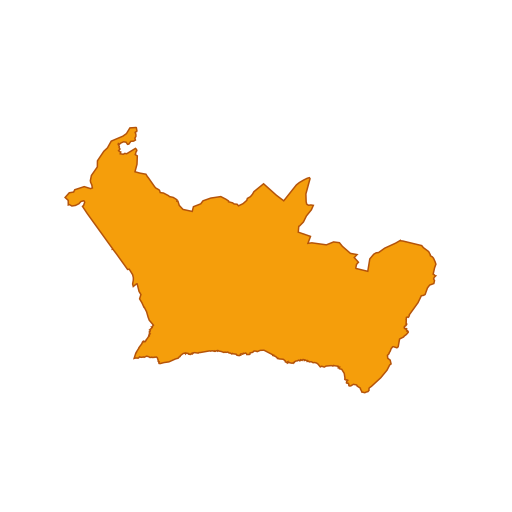 Asares pag., Aknistes, Latvia (Robinson projection), rotated 332°
{"feature_id": "27541924B18984780687847", "entity_name": "Asares pag.", "entity_type": "district", "adm_level": 2, "iso_a3": "LVA", "parent_name": "Latvia", "parent_adm1": "Aknistes", "projection": "robinson", "projection_center": [25.901, 56.138], "detail": "fine", "context": "isolated", "style": "filled", "palette": "amber", "viewbox_px": 512, "rotation_deg": 332, "n_neighbors": 0, "source": "geoboundaries", "source_scale": "gbopen_adm2", "svg_char_len": 6128}
<svg xmlns="http://www.w3.org/2000/svg" viewBox="0 0 512 512"><g transform="rotate(332 256 256)"><path d="M100.3,289.2L101.7,289.5L104.1,290.9L106.0,290.4L106.2,290.9L107.5,291.8L109.3,292.3L109.6,292.9L112.5,293.1L114.1,294.7L114.8,295.9L116.3,296.3L116.6,296.9L117.5,297.0L118.2,297.7L119.1,297.7L119.8,298.2L120.5,298.3L121.1,299.3L120.7,302.0L120.2,303.1L120.9,304.0L120.0,304.7L120.0,305.4L120.9,306.0L124.7,306.9L129.4,308.6L136.7,309.1L139.3,309.7L140.7,309.1L141.8,309.1L142.4,308.5L145.7,307.9L147.3,308.2L147.5,308.6L148.2,308.6L148.0,309.3L148.8,309.0L150.4,310.2L150.7,310.6L150.4,311.0L150.7,311.3L152.0,312.2L153.0,311.8L153.3,311.8L153.2,312.3L153.5,312.5L154.1,312.4L153.9,312.0L154.3,311.9L154.8,312.0L154.6,312.4L155.4,312.2L156.3,312.4L159.4,314.6L160.3,314.5L161.3,315.0L170.5,318.0L171.1,318.6L172.8,319.1L174.0,320.1L174.5,320.1L174.5,320.6L175.4,321.1L175.8,320.9L177.1,321.2L177.2,321.9L177.7,321.8L177.6,321.4L178.0,321.5L178.3,321.9L178.2,322.2L180.4,323.9L182.4,326.1L183.6,326.3L184.2,327.0L186.0,327.6L186.7,329.0L187.8,329.7L188.7,331.2L189.5,331.0L189.9,331.6L192.5,333.5L192.6,333.8L192.4,334.2L192.7,334.8L194.4,336.1L196.1,336.3L196.0,335.5L196.4,335.3L197.3,335.6L198.1,336.4L199.1,335.9L199.2,336.1L199.0,336.4L201.3,336.8L201.7,337.6L201.6,338.7L203.8,339.8L204.6,339.8L205.3,338.8L207.8,339.5L209.7,339.0L211.5,340.1L212.1,341.0L215.4,341.3L218.8,342.9L224.3,350.9L224.1,351.6L225.1,351.9L224.9,352.5L226.3,354.1L226.4,354.9L226.9,355.6L226.8,356.6L227.8,356.9L227.9,357.6L231.5,359.9L232.6,362.2L232.2,363.1L233.0,364.3L233.8,364.3L233.6,364.9L234.2,364.7L233.9,365.2L234.6,365.1L234.8,365.2L234.5,365.4L235.4,365.8L236.6,366.9L237.7,367.7L238.9,367.8L239.0,368.2L239.7,367.7L240.0,367.9L240.5,367.5L242.0,367.5L243.2,368.0L244.6,367.9L245.0,368.5L245.6,368.6L245.5,368.9L246.2,368.9L246.7,368.5L247.1,368.9L246.8,369.3L248.2,369.5L248.3,369.9L249.0,369.5L250.1,370.4L249.8,371.0L250.8,371.1L251.3,371.9L252.1,372.3L251.7,373.1L253.0,373.5L253.3,374.5L255.2,375.3L256.3,377.0L257.8,377.6L259.2,378.9L260.0,380.5L260.7,384.1L262.3,384.2L264.1,386.1L266.2,386.1L270.8,388.0L271.9,388.8L272.8,389.0L272.6,389.3L273.5,389.5L276.8,391.9L276.8,392.2L276.5,392.3L277.1,392.9L276.8,393.1L277.2,393.3L276.9,393.4L277.4,393.6L276.6,394.1L276.7,394.7L278.5,396.3L278.8,401.1L277.5,404.7L277.3,405.6L276.6,406.3L276.5,406.7L277.0,407.5L278.1,407.9L278.7,408.8L277.2,409.3L276.3,410.4L276.6,411.0L277.4,411.4L277.3,411.6L277.7,412.1L277.8,412.6L277.2,413.8L277.3,414.5L278.7,415.2L281.7,415.0L284.1,416.9L284.4,417.6L284.2,418.2L286.1,421.7L285.7,422.8L285.8,424.6L285.5,425.7L287.9,427.8L289.8,427.9L291.1,428.3L292.8,427.6L293.3,426.3L294.2,425.6L296.7,425.3L308.9,422.1L318.1,418.3L323.0,414.9L324.6,414.7L325.6,410.9L324.3,408.2L325.4,405.4L327.6,404.7L328.0,404.1L330.0,402.9L331.6,401.4L334.0,400.3L334.8,400.6L337.3,403.2L338.2,403.1L339.0,402.8L343.8,396.7L348.3,396.8L349.3,396.3L351.9,395.9L354.5,394.9L354.8,394.5L354.8,393.8L354.3,393.8L354.0,393.2L354.6,393.1L354.0,391.5L354.8,391.0L354.3,390.3L353.6,390.2L353.1,389.7L353.4,388.5L354.2,387.8L355.2,388.0L356.7,387.3L356.5,386.8L357.1,386.6L356.9,386.0L358.5,383.3L358.7,382.5L359.0,382.4L360.0,380.8L361.2,381.1L361.6,381.6L362.4,381.4L363.7,380.2L363.7,379.9L377.1,373.3L383.3,368.7L385.4,369.4L387.2,369.4L392.4,364.7L395.7,363.2L400.1,363.8L402.1,361.5L402.0,359.7L403.3,358.5L405.3,357.9L404.8,357.5L404.6,356.4L403.9,355.2L408.1,350.3L411.0,347.7L411.4,345.4L411.7,341.3L411.3,339.6L410.1,337.6L410.5,336.7L410.5,333.1L407.7,327.2L407.2,324.6L392.8,311.8L390.6,310.3L390.7,310.0L385.3,310.2L373.3,309.5L365.9,310.5L363.6,309.6L360.8,309.7L355.1,312.0L347.5,322.0L338.6,314.1L338.4,313.5L340.8,310.6L343.5,309.6L342.0,303.5L345.9,302.2L340.6,298.0L336.8,288.0L335.9,283.4L331.1,280.0L323.4,279.2L311.5,270.6L307.8,269.2L313.3,264.3L304.5,254.8L307.7,249.9L308.6,249.9L313.9,248.2L319.3,244.3L326.6,241.2L330.4,238.2L328.4,236.7L326.2,235.9L325.1,234.0L325.8,231.5L329.2,224.6L340.0,213.1L339.9,211.9L337.6,211.4L333.8,211.3L328.7,211.5L325.0,212.2L306.4,220.3L302.5,211.9L296.6,195.8L284.4,198.2L281.9,199.8L278.9,201.0L275.4,201.1L273.9,202.6L272.9,202.8L269.1,203.7L264.1,203.5L263.6,201.4L261.1,199.8L260.3,198.1L257.2,195.2L257.6,194.5L256.0,191.6L252.8,187.0L243.2,183.6L235.1,182.4L231.7,184.0L223.9,183.1L220.6,186.7L213.4,180.6L212.0,175.3L212.8,170.9L211.9,170.4L212.6,169.5L212.0,168.1L210.4,165.4L207.5,162.9L207.1,161.7L203.9,157.0L201.2,155.0L201.6,152.9L201.4,152.0L199.3,148.7L199.0,147.1L197.6,135.7L197.4,135.4L197.2,132.1L192.4,128.3L188.7,124.8L194.0,119.1L198.2,111.9L197.0,109.8L199.1,107.6L200.2,107.1L200.5,105.8L200.1,104.4L189.8,105.0L188.3,103.8L186.6,103.9L184.1,102.0L185.4,100.7L184.8,100.1L184.1,98.5L186.1,97.7L186.1,95.8L186.8,95.0L186.7,92.7L187.3,92.1L188.0,93.2L189.8,92.8L192.7,93.0L194.7,94.5L195.0,97.1L196.2,97.5L199.3,96.0L201.9,97.1L204.0,97.0L204.4,95.1L206.2,93.9L207.1,92.0L207.3,90.2L207.8,89.9L209.0,90.1L209.6,89.6L210.6,86.5L210.4,86.2L204.8,83.7L199.1,87.1L194.7,87.7L182.1,86.6L175.6,90.8L170.8,92.1L160.7,97.5L157.7,102.9L148.5,107.6L145.1,111.7L144.6,113.3L144.4,116.1L143.5,119.1L141.5,118.8L136.9,114.1L127.1,112.4L125.0,113.9L120.8,112.5L114.9,114.7L116.3,118.7L114.2,122.8L115.4,123.0L116.9,125.4L120.3,126.6L124.2,126.7L126.9,125.7L129.7,126.3L130.1,126.9L130.0,128.1L127.5,130.4L126.1,130.7L126.9,139.1L132.8,182.4L132.5,182.6L132.8,182.7L133.8,188.8L136.3,207.6L137.9,208.2L138.3,214.6L137.5,217.6L136.3,219.8L133.9,222.8L133.3,225.3L137.5,224.5L138.0,224.8L136.1,232.4L136.3,236.0L133.1,239.2L133.3,243.7L133.0,248.8L133.3,248.9L133.2,253.9L132.0,259.5L131.6,262.7L133.0,268.9L131.8,269.3L131.1,270.1L130.5,269.7L130.5,270.5L127.8,271.2L128.2,271.5L127.6,272.3L126.6,272.6L126.8,273.0L125.9,273.6L125.9,274.6L125.4,274.5L124.6,275.3L125.2,275.4L124.7,275.7L124.3,276.5L123.8,276.4L121.1,277.9L119.7,278.4L119.6,278.7L118.0,279.6L117.6,279.5L117.6,279.1L116.9,279.0L116.8,278.4L116.2,278.4L116.0,278.9L115.4,278.7L113.9,279.9L109.5,282.0L109.4,282.3L105.2,284.7L105.0,284.3L105.0,285.2L104.2,285.4L100.3,289.2Z" fill="#f59e0b" stroke="#b45309" stroke-width="1.5"/></g></svg>